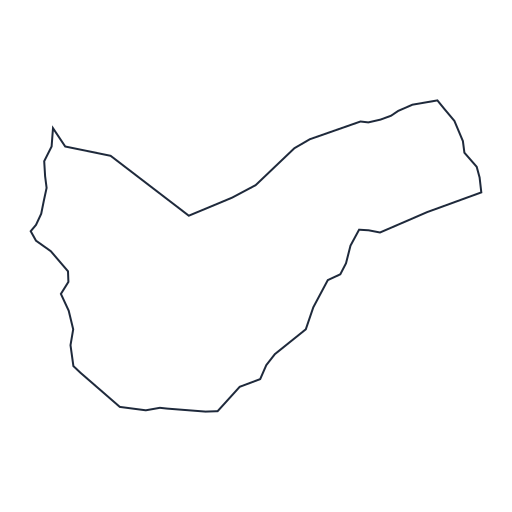 Ipueira, Rio Grande do Norte, Brazil
{"feature_id": "56859067B7349089003652", "entity_name": "Ipueira", "entity_type": "district", "adm_level": 2, "iso_a3": "BRA", "parent_name": "Brazil", "parent_adm1": "Rio Grande do Norte", "projection": "equal_earth", "projection_center": [-37.182, -6.775], "detail": "fine", "context": "isolated", "style": "outline", "palette": "slate", "viewbox_px": 512, "rotation_deg": 0, "n_neighbors": 0, "source": "geoboundaries", "source_scale": "gbopen_adm2", "svg_char_len": 839}
<svg xmlns="http://www.w3.org/2000/svg" viewBox="0 0 512 512"><path d="M481.3,192.4L479.6,177.5L476.7,166.8L464.4,152.7L462.9,141.1L454.4,120.9L444.4,109.0L437.4,100.4L412.4,104.7L398.2,110.9L391.1,115.7L380.5,119.6L368.3,122.4L360.5,121.5L309.9,139.2L294.4,148.2L255.7,185.1L232.2,197.6L188.8,215.7L110.6,155.8L65.2,146.5L53.0,128.2L51.6,146.5L44.2,161.2L45.1,176.2L46.6,187.9L43.9,200.4L41.2,213.8L36.0,224.9L30.7,231.2L36.0,240.7L50.8,251.2L68.0,271.3L68.4,281.9L60.9,293.9L68.7,310.7L73.2,329.3L70.5,345.2L73.4,366.1L80.5,372.8L119.8,406.9L145.8,410.3L159.9,407.8L167.2,408.6L205.5,411.6L217.6,411.2L239.7,386.8L260.2,379.1L266.3,365.1L274.9,354.1L305.8,329.3L313.3,307.3L327.8,280.1L340.3,274.3L346.0,263.3L350.5,245.6L359.1,229.7L368.7,230.3L380.0,232.5L427.4,212.0L481.3,192.4Z" fill="none" stroke="#1e293b" stroke-width="2"/></svg>